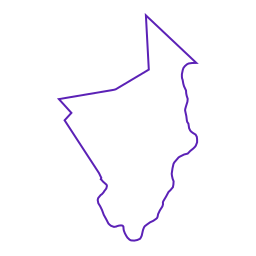 Mason, West Virginia, United States of America (Equal Earth projection), rotated 180°
{"feature_id": "52423323B68405193247376", "entity_name": "Mason", "entity_type": "district", "adm_level": 2, "iso_a3": "USA", "parent_name": "United States of America", "parent_adm1": "West Virginia", "projection": "equal_earth", "projection_center": [-82.067, 38.752], "detail": "fine", "context": "isolated", "style": "outline", "palette": "violet", "viewbox_px": 256, "rotation_deg": 180, "n_neighbors": 0, "source": "geoboundaries", "source_scale": "gbopen_adm2", "svg_char_len": 1523}
<svg xmlns="http://www.w3.org/2000/svg" viewBox="0 0 256 256"><g transform="rotate(180 128 128)"><path d="M96.7,44.4L96.2,45.5L93.6,49.6L93.0,51.7L93.1,53.7L92.7,54.8L89.9,59.5L87.5,64.0L85.6,65.8L83.1,68.8L82.6,71.4L82.4,74.7L83.4,77.3L83.7,78.7L84.0,80.0L84.3,82.2L83.5,87.7L82.5,92.1L81.7,93.6L77.4,98.6L76.1,99.4L71.9,101.5L68.3,102.4L65.8,105.0L62.7,107.5L61.1,109.1L60.2,110.3L58.9,113.7L58.9,116.7L59.2,119.2L60.4,121.4L63.3,123.2L65.1,124.6L65.9,125.7L66.9,127.8L67.6,132.4L68.7,133.9L69.1,135.3L69.7,140.0L70.3,142.7L70.9,145.5L70.8,146.9L70.1,149.4L68.6,154.2L68.3,157.1L69.3,160.2L69.8,162.6L70.0,165.5L72.0,169.8L72.7,172.3L73.4,176.2L73.9,177.6L74.1,179.1L74.1,181.8L73.2,186.2L72.5,188.1L71.1,189.9L69.0,191.7L67.4,192.5L63.9,193.0L59.7,193.1L110.1,240.6L107.2,186.4L140.3,166.7L142.1,166.2L197.1,156.9L184.6,143.1L191.4,135.7L179.1,116.8L157.0,82.9L154.7,78.1L155.2,76.7L154.7,76.4L153.0,74.4L149.6,71.4L149.2,70.7L149.1,69.9L149.7,67.5L152.0,64.5L152.4,63.7L154.2,61.7L155.3,61.0L157.6,58.2L157.9,57.7L158.3,56.0L157.7,52.8L155.8,49.7L154.0,46.0L152.2,41.1L149.7,36.6L147.6,32.5L146.5,31.4L145.0,30.2L142.0,29.1L139.6,29.5L139.1,29.8L137.0,30.4L135.1,30.6L134.0,30.5L133.4,30.3L132.9,29.8L132.6,29.3L132.4,26.7L132.1,25.3L131.1,22.7L129.7,20.1L128.6,18.4L126.4,16.3L124.9,15.6L121.7,15.4L118.7,16.0L116.0,17.2L115.2,18.4L114.3,20.3L113.0,26.0L112.0,28.6L111.2,29.8L109.0,31.5L105.9,33.7L102.7,35.2L99.7,37.3L98.9,38.1L98.4,39.3L97.9,41.9L96.7,44.4Z" fill="none" stroke="#5b21b6" stroke-width="2"/></g></svg>